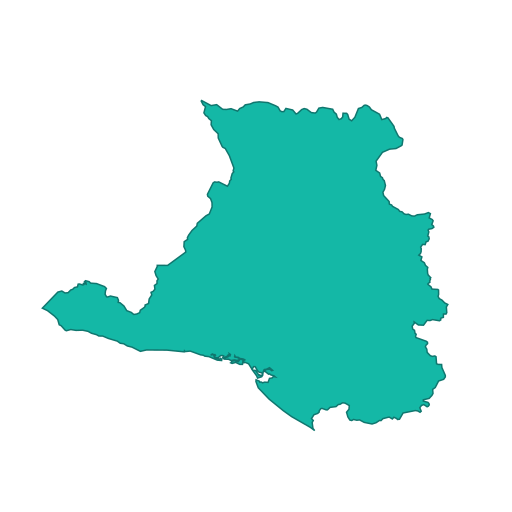 an SVG outline of Bahia, rotated 98°
{"feature_id": "BRA-624", "entity_name": "Bahia", "entity_type": "State", "adm_level": 1, "iso_a3": "BRA", "parent_name": "Brazil", "parent_adm1": "", "projection": "natural_earth1", "projection_center": [-41.603, -13.426], "detail": "fine", "context": "isolated", "style": "filled", "palette": "teal", "viewbox_px": 512, "rotation_deg": 98, "n_neighbors": 0, "source": "natural_earth", "source_scale": "10m", "svg_char_len": 6034}
<svg xmlns="http://www.w3.org/2000/svg" viewBox="0 0 512 512"><g transform="rotate(98 256 256)"><path d="M413.1,177.2L418.8,175.6L420.7,173.6L418.1,178.4L410.1,198.4L405.4,207.4L395.9,223.1L386.2,235.4L380.3,238.6L378.6,238.7L379.5,235.2L380.3,234.5L380.6,235.4L380.1,233.1L380.7,231.9L379.7,229.9L379.5,226.5L375.3,225.6L374.5,223.0L372.9,222.0L373.0,220.2L372.1,221.6L371.7,224.7L370.9,226.1L371.3,227.1L368.9,231.2L367.5,230.8L366.8,229.5L366.2,226.5L367.4,224.5L366.9,223.6L364.7,227.1L366.7,229.9L367.2,231.8L368.1,232.5L369.2,231.8L369.7,232.8L371.8,232.8L370.8,234.4L370.7,236.6L369.5,238.4L365.7,241.4L365.9,243.0L368.8,244.1L363.8,248.3L362.9,251.6L363.5,253.6L360.5,253.3L360.5,251.9L359.7,254.7L359.7,257.7L358.8,259.5L358.9,262.2L357.7,263.1L358.8,263.2L359.1,262.7L359.0,260.6L359.7,258.7L360.5,258.3L361.5,258.8L362.1,260.6L361.8,262.6L363.0,266.2L362.1,268.6L362.5,272.9L361.8,273.0L360.8,272.1L359.9,269.8L358.7,269.0L358.6,267.8L357.1,267.6L356.5,268.8L357.7,268.2L357.7,269.7L359.3,270.6L360.7,273.1L362.0,274.1L361.5,274.8L359.4,274.2L359.2,275.4L359.5,277.1L361.9,279.2L362.5,282.3L360.8,283.0L359.9,282.3L359.3,283.0L359.7,283.9L359.1,285.6L360.4,287.1L359.5,284.4L363.3,282.5L362.8,279.2L363.5,278.2L362.2,276.9L363.1,275.5L364.3,275.5L364.5,279.9L362.2,288.6L362.3,292.8L361.6,294.3L361.6,297.1L359.3,307.9L360.5,312.8L359.8,313.7L360.9,313.8L361.6,331.2L364.3,351.4L366.5,357.2L363.5,366.1L363.0,370.9L361.3,374.8L361.3,378.3L359.6,381.5L358.2,390.7L356.6,396.7L357.1,400.5L356.1,403.0L355.4,408.2L354.0,411.8L353.6,417.4L354.7,423.9L354.6,429.2L356.4,433.4L356.0,434.7L352.1,439.3L351.5,441.3L346.5,443.5L343.6,447.1L339.1,454.9L337.4,460.3L319.3,447.2L317.7,443.4L319.2,440.0L318.5,437.0L315.4,434.7L314.5,432.9L312.5,431.4L311.4,428.5L308.6,428.2L308.3,426.8L308.8,423.5L308.2,422.5L307.2,423.1L306.8,422.5L307.5,420.3L306.1,420.6L305.2,422.2L304.2,421.4L304.6,417.7L305.9,416.0L305.5,410.1L307.4,401.7L309.0,399.6L311.4,400.2L314.9,400.1L317.2,398.3L317.2,397.1L315.9,394.6L316.5,387.5L319.0,386.0L321.1,386.0L321.2,384.2L323.9,379.8L328.1,376.4L329.2,371.7L330.9,368.9L330.1,366.1L328.3,363.3L325.8,363.0L322.4,359.4L321.3,358.8L320.0,359.0L318.0,355.8L313.4,355.8L309.1,353.8L306.6,354.9L305.3,352.9L302.9,351.5L299.3,352.5L297.1,350.2L294.3,350.6L292.4,349.6L289.4,352.2L285.5,354.0L280.0,352.3L279.0,352.5L277.6,342.2L261.9,326.1L260.0,326.6L256.8,328.7L251.8,329.1L249.0,326.0L247.4,326.5L244.7,325.6L239.6,322.9L234.6,318.8L231.8,318.7L223.1,311.1L220.9,308.1L213.6,306.3L209.2,307.0L205.5,309.0L203.5,312.1L201.7,312.7L189.5,308.6L188.4,307.3L188.4,305.0L187.8,303.2L190.9,294.0L187.6,292.5L185.4,292.5L183.5,291.2L182.3,291.7L177.6,291.0L175.8,289.7L174.9,290.5L172.0,290.1L160.3,296.4L153.8,301.4L153.0,303.9L152.2,304.8L144.4,309.8L140.2,310.5L136.6,315.5L132.3,318.7L128.2,319.0L126.5,321.8L124.7,323.3L123.9,325.4L121.5,327.5L115.1,326.8L113.6,329.4L110.2,331.8L109.6,331.5L113.3,321.4L111.6,316.0L115.4,309.4L115.0,305.6L113.6,301.2L115.1,294.4L112.2,292.6L110.2,289.4L107.8,287.7L106.2,282.8L104.3,279.7L102.9,274.3L102.4,265.5L104.5,257.5L105.5,254.9L108.9,252.3L109.5,250.4L109.1,248.5L105.7,246.9L106.3,240.0L109.8,236.1L108.9,234.6L104.6,231.1L103.3,228.8L103.6,226.0L106.3,221.2L106.2,217.2L105.1,216.1L100.8,214.3L99.6,210.6L100.0,200.5L102.7,198.7L104.3,196.2L107.3,194.9L109.3,192.8L108.2,190.7L106.2,189.5L102.5,189.7L102.1,186.1L103.1,184.9L107.6,182.8L108.8,180.1L104.9,177.4L95.7,175.1L94.2,171.9L91.7,169.8L91.3,168.3L91.6,166.7L92.7,164.4L95.1,162.1L98.4,153.4L103.4,150.4L101.8,146.7L100.6,145.9L100.8,144.6L108.4,137.4L110.2,136.8L117.2,132.0L118.5,130.5L119.3,127.4L120.3,126.7L125.8,126.8L126.6,127.5L130.1,132.3L131.6,138.6L135.7,145.2L145.4,150.3L149.4,148.9L154.5,149.3L156.6,145.1L159.9,143.7L160.9,141.7L162.5,140.9L163.5,139.5L168.2,137.6L172.1,138.0L175.2,139.2L178.4,138.0L183.5,131.8L186.1,131.1L186.6,128.8L187.8,127.8L190.2,121.5L191.8,119.9L191.9,117.6L193.7,115.1L194.0,113.2L193.4,110.9L194.6,107.4L194.5,104.7L192.7,102.0L191.0,95.0L189.0,91.3L189.8,89.2L194.2,89.8L195.4,86.5L196.5,85.5L200.4,86.3L201.7,84.4L202.8,83.9L204.4,85.6L205.4,88.6L206.4,89.2L208.1,88.2L212.3,88.7L213.0,87.5L214.9,86.9L217.5,87.8L218.2,89.5L221.2,90.1L221.3,92.6L224.3,94.2L225.7,93.4L228.8,93.1L230.7,93.5L232.5,94.9L233.8,91.6L237.4,92.1L239.3,88.3L241.7,86.9L243.4,84.3L245.3,84.5L249.4,83.6L250.9,82.8L253.2,79.9L254.2,80.5L255.0,80.0L256.5,80.6L257.7,80.1L259.4,81.8L260.2,81.8L262.1,78.5L264.3,77.1L263.8,71.3L264.3,70.5L268.6,69.8L270.6,70.1L272.7,68.6L273.8,65.7L276.2,62.6L277.3,59.3L280.0,60.4L285.5,59.2L287.0,59.7L287.4,62.3L290.7,61.9L291.7,64.1L292.7,64.5L293.5,64.1L294.6,65.3L294.4,72.3L295.7,74.7L295.9,77.6L301.2,80.5L301.7,85.6L299.3,90.2L300.7,89.9L303.8,91.6L306.6,90.6L307.5,88.7L310.3,87.8L311.2,86.5L313.4,86.8L314.5,86.3L316.7,75.6L317.5,74.2L318.9,73.9L320.8,75.3L322.4,75.6L324.5,73.9L327.6,73.1L330.4,69.6L330.9,67.5L330.1,65.0L330.7,63.7L337.6,62.2L338.0,60.6L337.6,57.1L340.6,56.4L347.9,51.9L349.4,51.7L352.0,53.0L354.4,57.8L361.3,60.2L363.5,62.5L367.5,61.6L369.6,62.4L372.9,64.7L375.1,70.3L376.4,70.1L377.0,65.4L378.0,64.2L379.3,63.7L380.8,64.5L381.5,65.6L379.8,69.1L380.9,71.3L383.5,72.7L386.7,70.8L387.9,71.8L386.9,74.4L386.9,76.8L391.0,88.5L397.7,91.2L398.2,93.2L397.4,94.0L396.5,97.0L398.4,98.3L397.0,101.6L397.2,102.4L399.4,107.7L401.6,109.3L401.7,110.9L404.4,113.9L406.2,117.7L405.7,125.7L403.9,130.6L404.6,133.3L404.3,136.7L405.6,138.3L405.4,140.2L402.6,142.6L398.1,144.6L394.8,142.6L391.1,142.8L389.3,147.3L389.3,149.8L391.2,152.2L391.6,153.8L394.0,155.8L395.6,161.6L398.4,163.8L398.6,165.1L397.7,169.5L398.3,170.7L400.7,171.9L401.7,171.7L403.3,173.0L405.1,176.5L409.3,178.4L410.9,176.4L413.1,177.2ZM360.7,254.4L365.2,254.3L365.6,257.0L364.2,261.3L365.7,264.7L365.3,266.1L364.7,265.4L363.7,265.5L362.6,263.1L363.0,258.8L360.2,257.2L360.7,254.4ZM374.8,233.6L376.7,237.5L374.7,238.6L369.5,243.6L369.4,240.5L373.7,236.5L373.2,236.0L373.7,234.9L372.8,233.1L373.2,232.8L374.8,233.6Z" fill="#14b8a6" stroke="#0f766e" stroke-width="1.5"/></g></svg>